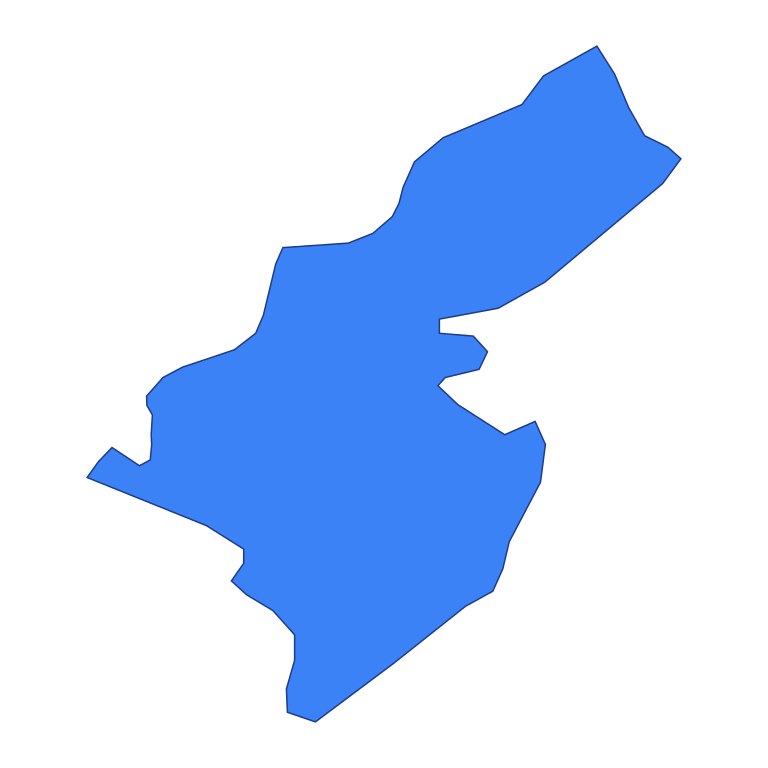 an SVG outline of Mangrove Cay
{"feature_id": "BHS-5021", "entity_name": "Mangrove Cay", "entity_type": "District", "adm_level": 1, "iso_a3": "BHS", "parent_name": "The Bahamas", "parent_adm1": "", "projection": "albers", "projection_center": [-77.793, 24.142], "detail": "fine", "context": "isolated", "style": "filled", "palette": "blue", "viewbox_px": 768, "rotation_deg": 0, "n_neighbors": 0, "source": "natural_earth", "source_scale": "10m", "svg_char_len": 895}
<svg xmlns="http://www.w3.org/2000/svg" viewBox="0 0 768 768"><path d="M315.4,721.9L287.4,712.3L286.4,689.0L294.6,660.4L294.6,634.8L272.9,610.6L246.5,594.7L231.4,580.9L243.7,563.3L243.7,549.1L206.4,525.6L87.1,477.5L98.5,461.6L112.0,447.5L139.4,465.7L150.2,460.0L151.7,444.6L151.2,434.7L152.4,415.0L146.9,405.4L146.6,396.1L163.1,377.4L182.6,367.1L234.3,349.8L255.7,333.3L263.3,315.5L275.7,264.1L282.9,247.6L348.3,243.1L373.0,233.3L392.3,216.6L399.0,203.4L403.1,187.3L414.5,161.8L443.2,137.7L522.0,104.5L543.5,75.9L596.9,46.1L614.7,74.3L628.7,107.7L644.6,135.7L668.0,147.3L680.9,158.8L662.7,183.5L544.9,282.1L498.2,308.2L439.4,319.1L439.4,333.3L473.3,336.1L487.5,351.7L479.1,369.3L445.3,377.5L437.9,385.7L457.8,404.6L504.7,434.7L535.1,421.4L545.4,444.4L540.5,482.2L509.2,541.8L502.8,568.9L492.8,591.2L465.6,606.2L393.9,663.1L315.4,721.9Z" fill="#3b82f6" stroke="#1e3a8a" stroke-width="1.5"/></svg>